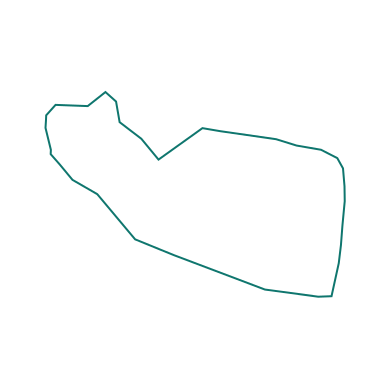 Suez, Egypt, rotated 100°
{"feature_id": "37247803B22529416419300", "entity_name": "Suez", "entity_type": "district", "adm_level": 2, "iso_a3": "EGY", "parent_name": "Egypt", "parent_adm1": "", "projection": "albers", "projection_center": [32.567, 29.96], "detail": "fine", "context": "isolated", "style": "outline", "palette": "teal", "viewbox_px": 384, "rotation_deg": 100, "n_neighbors": 0, "source": "geoboundaries", "source_scale": "gbopen_adm2", "svg_char_len": 598}
<svg xmlns="http://www.w3.org/2000/svg" viewBox="0 0 384 384"><g transform="rotate(100 192 192)"><path d="M127.3,192.8L165.9,230.6L148.4,251.1L135.8,275.4L116.1,282.5L108.6,294.6L125.5,309.6L129.9,341.5L141.8,348.9L146.4,348.3L154.3,347.4L175.0,338.3L178.9,337.8L179.3,337.7L187.8,327.1L200.8,311.8L210.6,284.9L248.5,239.8L254.4,212.5L257.4,198.5L258.3,193.7L275.4,103.3L273.2,49.5L272.1,44.4L270.4,36.5L236.7,35.1L218.4,36.1L199.2,38.0L174.5,40.0L159.9,42.8L142.5,47.4L133.4,54.8L128.0,72.3L128.1,97.1L125.4,118.3L127.2,174.7L127.3,192.8Z" fill="none" stroke="#0f766e" stroke-width="2"/></g></svg>